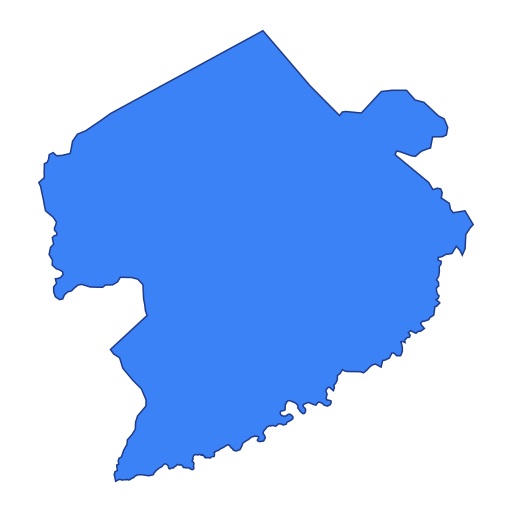 the district of Rafaï, Mbomou, Central African Republic
{"feature_id": "33826404B37622790924059", "entity_name": "Rafaï", "entity_type": "district", "adm_level": 2, "iso_a3": "CAF", "parent_name": "Central African Republic", "parent_adm1": "Mbomou", "projection": "albers", "projection_center": [24.169, 5.748], "detail": "fine", "context": "isolated", "style": "filled", "palette": "blue", "viewbox_px": 512, "rotation_deg": 0, "n_neighbors": 0, "source": "geoboundaries", "source_scale": "gbopen_adm2", "svg_char_len": 6070}
<svg xmlns="http://www.w3.org/2000/svg" viewBox="0 0 512 512"><path d="M262.9,30.7L110.6,113.5L100.1,121.0L85.5,130.9L77.5,134.1L72.6,141.1L71.1,149.2L70.2,153.4L62.1,155.4L56.5,155.7L53.2,152.6L49.2,154.6L48.5,159.4L47.2,162.3L44.3,163.8L44.3,168.2L44.1,172.0L44.3,177.7L38.8,182.5L40.6,186.4L41.8,192.4L43.5,200.0L44.2,204.4L45.5,210.8L53.1,217.1L56.4,222.1L55.8,224.9L54.4,228.1L54.6,230.3L56.5,232.4L57.0,234.0L56.5,235.2L54.5,235.6L52.3,237.6L53.6,244.3L50.5,247.4L49.1,254.5L52.5,260.3L52.1,264.9L56.2,268.7L59.8,270.0L62.5,271.6L63.1,274.4L60.6,277.5L57.4,278.6L55.4,278.7L56.5,283.4L53.6,287.0L53.7,292.0L55.4,296.8L59.6,299.6L62.7,299.0L64.5,294.7L67.7,291.9L71.5,290.9L74.1,288.2L78.1,285.0L81.9,284.4L90.2,287.0L102.6,287.3L105.3,285.1L112.7,284.8L117.5,281.9L120.3,277.3L131.5,277.5L137.9,279.2L142.9,284.6L143.6,298.7L144.8,305.0L145.4,310.6L147.1,315.5L110.4,349.5L113.7,354.0L119.6,357.7L122.8,368.2L132.8,380.2L141.4,388.9L144.8,396.8L146.1,400.1L145.9,406.1L137.6,415.9L135.6,422.1L135.3,429.2L132.1,434.5L127.4,439.8L127.0,444.4L123.7,450.2L121.4,457.0L119.1,458.2L118.2,460.7L118.7,464.2L116.7,465.0L116.8,466.8L117.2,468.8L117.3,470.6L115.1,471.6L114.2,474.3L115.7,481.3L118.5,479.7L119.0,479.5L120.7,479.5L121.9,480.1L124.6,479.7L126.3,479.8L127.5,479.4L128.0,479.8L128.3,479.9L129.3,479.9L131.4,478.7L131.9,478.2L133.0,477.9L133.5,477.7L135.3,475.9L135.8,475.7L136.7,475.4L137.5,474.9L138.0,474.8L139.9,474.7L142.8,474.8L145.1,475.2L147.2,475.6L148.4,475.7L149.8,475.6L152.0,475.0L152.7,474.9L153.3,474.6L153.7,474.0L154.2,472.6L155.3,471.7L156.0,470.6L156.9,470.1L157.7,469.1L158.5,468.8L159.1,468.1L161.8,466.7L163.7,464.5L164.3,464.1L164.9,464.0L166.0,464.0L166.4,464.2L167.8,465.3L168.3,466.3L168.6,468.0L168.8,468.3L169.0,468.6L169.8,468.9L170.6,468.6L171.4,468.0L173.4,468.0L173.6,467.8L174.0,467.1L176.1,465.8L177.2,464.7L178.0,464.4L178.5,464.6L179.1,465.1L181.0,464.9L181.8,465.2L182.9,466.3L183.2,467.3L183.4,467.5L185.0,467.5L185.7,467.9L187.2,467.7L189.2,468.1L190.3,468.7L191.4,469.5L192.0,469.6L192.8,469.6L193.4,469.2L193.7,468.7L193.9,468.1L193.6,466.3L193.6,465.2L194.0,463.6L193.7,462.8L193.4,462.5L193.1,461.9L192.7,461.7L192.1,461.1L192.1,460.8L192.1,460.5L193.0,459.5L192.9,457.3L193.5,455.8L194.1,454.9L194.9,454.8L195.8,454.8L196.6,454.6L197.2,454.7L197.9,455.0L199.8,454.3L200.1,454.5L200.3,454.8L200.7,454.9L200.9,454.7L201.4,455.2L201.9,455.3L202.2,455.3L202.3,455.1L202.1,454.8L202.2,454.7L202.7,454.7L202.9,455.1L204.0,455.9L204.6,457.2L204.8,457.4L205.4,457.1L205.6,457.2L206.0,457.9L206.3,457.9L207.4,457.6L208.6,457.7L209.3,458.0L210.2,458.0L211.0,457.2L212.4,456.6L213.7,456.6L214.1,456.5L214.5,454.9L214.3,453.0L214.1,452.4L214.2,452.2L214.6,452.4L214.9,452.3L215.2,451.7L215.6,451.5L217.0,450.8L218.3,450.5L220.2,449.1L220.8,448.4L221.9,448.2L223.1,447.6L226.6,445.4L227.4,445.0L227.9,444.9L229.7,445.4L229.9,445.7L230.2,446.6L230.6,447.2L231.7,448.2L232.6,448.6L233.0,449.7L233.7,450.3L235.2,450.8L236.0,450.9L237.2,450.8L238.2,450.1L239.3,450.0L239.8,449.8L240.2,449.3L241.8,446.1L242.5,444.0L243.0,443.1L243.4,442.7L247.0,440.3L248.4,439.6L251.6,436.9L253.5,436.7L254.5,436.0L254.8,435.9L256.0,436.5L257.3,436.2L257.6,436.3L258.3,436.7L258.7,437.1L258.5,438.1L257.6,439.5L257.3,440.1L257.5,440.7L257.8,440.9L258.9,441.4L259.9,441.6L260.8,441.5L262.0,441.2L263.2,441.2L263.5,441.1L263.9,440.6L264.6,439.1L265.2,438.1L265.3,437.3L264.3,435.1L263.2,433.5L263.2,432.3L263.8,431.0L265.2,429.2L265.9,428.7L266.4,427.5L266.7,427.2L268.4,426.4L269.4,425.7L270.7,426.0L271.9,425.6L273.0,425.5L275.4,426.2L276.5,425.7L278.0,424.2L278.5,423.9L279.0,423.8L280.2,424.0L281.2,424.0L281.6,424.1L283.0,425.0L283.4,425.0L284.8,424.5L285.5,424.5L286.2,424.1L286.8,422.6L287.2,422.1L288.4,421.5L289.4,421.2L290.4,420.4L291.9,419.6L292.9,418.5L293.0,417.8L292.9,417.3L292.8,416.6L292.4,416.1L290.8,414.7L289.9,414.2L289.2,414.1L287.8,414.5L287.4,414.8L286.4,415.8L283.5,416.2L281.0,415.0L280.1,413.1L280.3,412.1L280.8,411.3L281.7,410.9L283.6,410.6L284.7,410.2L285.1,409.8L285.3,404.5L286.0,403.6L286.8,401.9L287.3,401.4L288.0,400.8L289.0,400.6L290.2,400.8L292.8,401.9L294.0,402.3L295.6,403.1L297.8,405.4L298.0,406.5L297.8,407.7L298.0,408.4L299.1,409.4L299.7,410.6L300.7,411.9L301.7,412.6L302.9,413.7L304.1,413.5L304.8,413.0L305.5,411.5L305.6,409.8L305.5,409.1L304.4,407.7L303.6,406.9L303.2,406.3L303.0,405.5L303.2,404.8L303.8,404.3L304.5,404.1L305.9,403.3L306.8,403.1L307.7,402.6L308.4,402.5L309.2,402.6L310.3,403.2L315.0,405.0L316.1,405.1L317.1,403.3L319.0,402.0L321.8,403.0L324.3,405.2L327.4,406.1L330.2,404.7L331.2,402.6L330.9,400.8L326.4,399.6L326.3,397.2L327.1,394.3L325.8,390.6L327.6,387.8L329.3,387.1L333.3,390.7L334.4,387.9L333.9,385.2L335.6,383.3L336.7,381.3L337.4,378.9L337.4,375.5L340.2,373.4L342.4,369.6L344.3,370.8L347.0,371.5L360.4,371.7L363.5,372.8L366.0,370.9L369.6,367.1L371.8,365.2L375.3,364.0L381.1,367.1L382.7,360.5L385.0,360.1L389.3,358.1L391.9,353.0L394.1,353.1L396.6,355.7L400.5,355.7L401.4,354.2L402.4,350.9L402.3,347.2L401.6,344.0L400.9,341.8L402.9,341.5L405.0,342.6L404.8,340.1L407.2,337.5L409.5,337.3L410.2,335.1L408.3,332.6L410.6,330.7L415.9,333.3L418.0,331.5L420.8,331.1L424.4,328.5L421.5,325.1L420.6,323.1L422.3,321.3L424.0,321.3L428.7,319.7L429.8,317.7L433.8,315.0L434.9,306.7L436.5,306.3L439.8,302.9L437.8,301.0L436.0,299.7L438.2,298.3L439.1,295.9L437.4,294.1L436.5,290.8L436.5,287.8L438.7,286.0L438.5,282.3L436.5,279.8L438.7,276.1L439.4,271.3L439.2,266.8L441.0,264.0L441.2,261.3L438.1,260.0L438.3,257.4L441.9,256.7L445.6,254.5L451.9,253.5L456.3,246.4L459.8,250.1L462.3,255.2L465.1,248.6L465.8,234.5L470.1,228.0L473.2,224.6L465.0,210.8L453.2,212.7L450.6,209.6L449.3,203.3L441.3,198.0L442.2,192.7L440.7,188.9L437.3,188.2L432.9,189.6L428.7,182.5L395.1,154.7L396.6,151.0L400.6,151.9L411.5,155.8L415.5,156.3L421.2,151.3L426.8,149.1L430.5,148.0L432.6,136.9L442.8,136.7L446.4,134.9L447.7,127.3L444.2,118.9L438.5,116.0L423.9,102.3L415.1,100.0L406.5,90.3L391.9,90.3L381.3,91.5L361.4,113.0L345.7,111.5L342.3,112.0L339.5,115.5L310.4,86.2L262.9,30.7Z" fill="#3b82f6" stroke="#1e3a8a" stroke-width="1.5"/></svg>